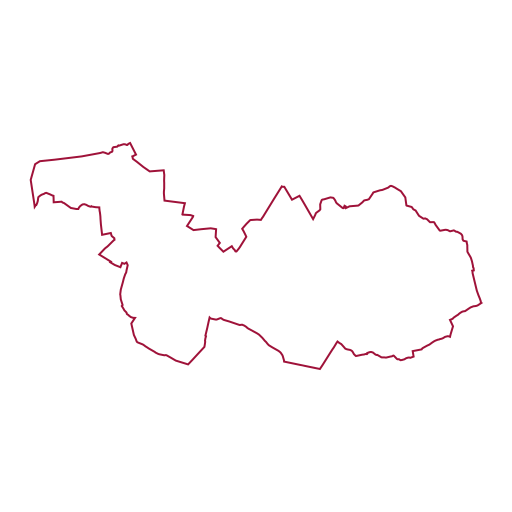 Madaras, Bihor, Romania
{"feature_id": "2599482B85096243126104", "entity_name": "Madaras", "entity_type": "district", "adm_level": 2, "iso_a3": "ROU", "parent_name": "Romania", "parent_adm1": "Bihor", "projection": "albers", "projection_center": [21.733, 46.85], "detail": "fine", "context": "isolated", "style": "outline", "palette": "rose", "viewbox_px": 512, "rotation_deg": 0, "n_neighbors": 0, "source": "geoboundaries", "source_scale": "gbopen_adm2", "svg_char_len": 6075}
<svg xmlns="http://www.w3.org/2000/svg" viewBox="0 0 512 512"><path d="M413.6,356.6L412.7,351.1L421.6,349.4L422.3,348.4L423.2,347.8L427.2,345.6L429.4,344.6L432.1,342.6L434.4,341.1L435.7,340.5L437.8,339.7L439.0,339.5L439.9,339.1L441.7,338.7L443.1,338.1L445.0,336.9L445.7,336.7L447.7,336.2L449.1,336.4L450.0,336.8L450.6,334.3L453.0,326.3L450.0,319.9L452.6,318.8L453.6,317.7L454.0,317.4L456.6,315.6L458.1,314.7L459.0,313.8L460.5,312.7L462.2,311.7L463.2,311.4L465.1,311.1L465.4,310.9L468.6,308.7L470.6,307.4L473.4,306.3L475.2,306.1L476.7,305.8L478.0,305.2L481.0,303.2L481.3,303.0L480.8,302.7L480.8,301.4L479.8,298.5L478.4,295.1L476.8,290.6L472.6,273.2L472.5,271.7L472.2,270.7L473.8,270.4L473.6,268.2L473.0,267.0L472.9,265.4L472.7,264.7L472.0,261.4L470.9,257.9L470.4,256.9L467.7,252.3L467.4,251.6L467.3,246.3L467.3,245.1L466.9,243.5L466.6,241.5L463.6,240.8L463.3,240.6L462.6,239.3L462.5,236.7L462.3,235.9L462.1,235.3L461.8,234.8L461.2,234.1L460.8,233.7L459.0,232.7L457.3,231.8L456.0,231.7L454.3,230.6L453.8,230.4L450.1,231.3L449.5,231.1L448.5,230.5L447.6,230.1L446.0,229.8L445.2,229.8L440.4,230.7L439.7,230.5L435.6,224.9L434.5,222.8L434.0,222.2L433.7,222.1L433.1,222.1L430.7,222.2L430.1,222.2L429.7,221.9L427.0,219.2L425.1,218.4L423.7,218.7L423.3,218.6L419.0,215.8L418.8,215.5L415.6,210.5L413.5,209.4L413.1,209.0L411.9,207.2L411.4,206.9L406.6,205.6L406.4,205.4L405.3,197.4L400.9,191.2L396.4,188.5L395.2,187.7L392.9,186.5L391.9,186.1L391.1,185.9L390.8,185.9L389.9,186.2L388.2,187.6L382.7,189.8L382.0,190.0L380.0,190.3L373.7,192.3L373.2,192.6L372.9,193.3L368.9,199.2L367.3,199.8L365.2,200.2L364.1,200.5L362.3,202.4L358.6,205.4L358.0,205.6L349.6,206.3L346.0,208.0L345.9,206.6L345.7,206.4L344.6,205.8L344.5,206.2L344.1,206.7L343.9,208.0L343.2,208.2L342.9,208.1L342.5,207.9L336.9,203.4L336.2,202.6L335.7,201.6L335.3,200.6L334.8,199.8L333.8,198.4L333.4,198.0L333.1,197.8L330.4,197.4L324.1,199.3L322.4,199.6L321.9,199.9L321.6,200.3L320.2,204.3L320.2,204.8L320.3,209.0L320.3,209.3L319.9,209.9L319.5,210.4L316.4,212.7L315.8,213.3L315.4,214.5L314.7,216.0L313.1,219.1L304.4,204.0L302.0,199.9L299.5,195.8L292.0,199.7L284.3,186.8L282.8,186.8L282.3,186.7L281.8,186.4L274.1,198.7L263.6,215.8L263.4,216.1L263.3,216.4L262.1,218.0L260.9,219.9L257.0,219.6L251.0,220.0L250.3,220.1L249.9,220.4L246.5,223.8L243.6,227.1L242.2,228.8L243.6,231.2L245.5,235.0L246.3,236.8L241.1,245.1L240.0,246.9L238.8,248.6L236.5,251.4L236.3,251.5L235.5,251.4L235.2,251.0L234.9,250.3L234.5,249.8L233.1,248.4L231.8,246.2L223.4,251.7L219.7,248.0L217.6,245.8L219.8,242.9L215.6,237.1L216.1,229.2L215.2,229.0L210.7,228.3L201.2,229.2L193.5,230.1L187.0,226.0L192.8,217.1L193.1,216.5L193.2,216.0L190.5,215.1L182.5,214.6L182.4,214.5L184.0,206.6L184.9,203.2L164.5,200.6L163.9,193.6L163.9,191.8L164.2,188.4L164.2,183.0L164.1,180.7L164.3,175.0L163.7,170.3L149.7,171.4L143.5,167.1L136.9,161.8L133.1,159.0L132.9,158.8L132.8,158.5L132.6,157.4L132.3,156.4L132.9,156.2L136.0,154.6L130.1,143.0L128.7,143.7L128.2,144.0L127.8,144.5L127.4,144.9L126.9,145.0L126.3,144.8L125.8,144.5L124.9,144.3L123.8,144.2L122.6,144.5L118.9,145.7L118.4,145.4L118.0,145.7L117.3,146.6L117.0,146.7L113.4,147.2L112.8,147.9L112.4,148.6L112.3,149.1L112.5,150.3L112.4,150.9L112.3,151.4L112.1,151.7L110.1,152.5L108.9,153.7L108.3,153.9L107.8,153.9L105.1,152.8L102.9,152.2L100.5,152.9L99.1,153.2L81.7,156.4L54.5,159.7L39.9,161.2L35.1,164.2L30.7,179.9L34.1,202.3L34.6,205.8L34.7,206.8L35.9,205.0L36.3,205.0L37.2,203.0L37.8,200.9L38.2,197.8L38.4,197.1L39.1,196.5L40.5,195.4L41.9,194.6L44.1,193.8L45.0,193.2L46.0,192.9L46.4,192.9L48.6,193.8L49.9,194.3L52.2,195.4L53.5,195.8L53.6,198.6L53.7,202.3L61.6,201.7L62.5,202.5L64.1,203.1L70.9,208.0L71.6,208.1L76.3,209.0L78.3,209.0L79.0,207.5L80.3,206.0L82.1,204.7L82.7,204.4L84.3,204.2L86.2,204.8L88.3,206.0L90.5,206.7L90.9,206.7L91.3,206.3L91.5,206.5L95.7,207.2L99.3,207.4L99.3,207.8L99.6,210.9L99.9,212.3L100.2,214.7L100.4,216.7L100.5,219.0L100.9,224.3L102.1,234.8L110.8,233.0L111.5,235.5L111.8,236.1L114.3,238.2L114.5,239.8L114.0,240.1L112.6,241.4L111.2,242.8L108.2,245.8L107.2,246.7L105.6,247.9L104.7,248.7L99.2,254.5L110.9,261.7L110.3,262.3L114.8,265.0L120.4,267.2L122.1,262.9L124.4,263.8L126.5,262.5L127.7,265.2L126.5,270.5L126.2,272.4L125.2,274.3L123.8,278.4L122.8,282.4L120.8,289.6L120.3,293.5L120.2,294.5L120.4,295.3L120.8,299.4L122.6,305.0L121.8,306.0L123.3,308.4L124.4,310.4L126.3,312.3L126.6,312.8L126.8,313.8L127.1,314.2L128.4,315.0L129.0,315.7L129.6,316.1L130.7,317.0L133.0,317.8L135.0,317.9L131.3,323.5L133.9,335.0L135.7,338.8L136.7,341.5L136.9,341.8L137.5,342.3L138.4,342.7L142.7,344.4L143.5,344.9L144.8,345.8L145.2,346.2L146.7,347.1L148.8,348.5L154.9,352.0L155.4,352.5L158.4,354.0L159.9,354.4L163.9,355.2L164.2,355.3L165.8,355.1L166.6,355.3L170.7,357.6L175.8,360.6L188.1,364.4L192.2,360.1L196.8,355.1L204.4,346.9L204.8,344.6L205.2,341.8L205.0,340.8L205.4,338.3L206.0,336.2L205.4,335.7L207.2,328.2L208.7,321.3L209.6,317.5L210.0,317.9L211.0,318.6L215.4,319.5L216.2,319.6L217.1,319.4L219.6,318.4L220.7,318.1L221.1,318.2L221.4,318.3L222.5,319.2L223.8,319.9L229.3,321.5L239.0,324.8L239.8,325.0L242.1,324.7L244.3,325.6L246.4,327.0L247.4,328.0L248.7,328.8L257.0,333.3L259.0,334.6L262.4,337.9L264.9,340.9L266.0,341.9L267.4,343.7L268.8,345.2L272.2,347.3L278.4,350.8L279.6,351.7L280.7,352.7L282.4,355.2L282.8,356.2L284.0,360.4L284.1,361.6L319.9,369.0L322.7,364.8L330.7,352.1L332.7,349.0L333.7,347.6L336.6,342.8L337.5,341.5L339.4,343.0L341.3,344.1L344.5,347.7L345.1,348.5L345.5,348.7L346.3,349.1L347.8,349.5L350.0,349.9L351.3,350.5L351.7,350.8L352.2,351.2L353.0,352.4L353.9,354.1L355.3,355.5L355.9,356.0L357.1,355.8L362.2,354.7L364.0,354.5L365.6,354.0L366.9,354.1L367.2,353.9L367.3,352.9L368.7,352.6L369.2,352.2L369.7,352.2L370.7,352.0L371.2,352.0L372.9,352.5L375.4,354.5L376.3,354.9L376.8,355.0L377.3,354.9L381.4,357.3L382.0,357.4L384.3,357.4L386.0,357.6L388.6,357.0L390.2,356.6L392.0,356.3L393.0,355.7L393.3,355.6L393.6,355.6L393.9,355.8L397.0,359.0L397.7,359.3L398.9,359.2L400.5,360.2L401.9,360.0L404.4,359.3L406.2,358.2L407.8,357.7L409.0,357.5L410.3,357.8L413.6,356.6Z" fill="none" stroke="#9f1239" stroke-width="2"/></svg>